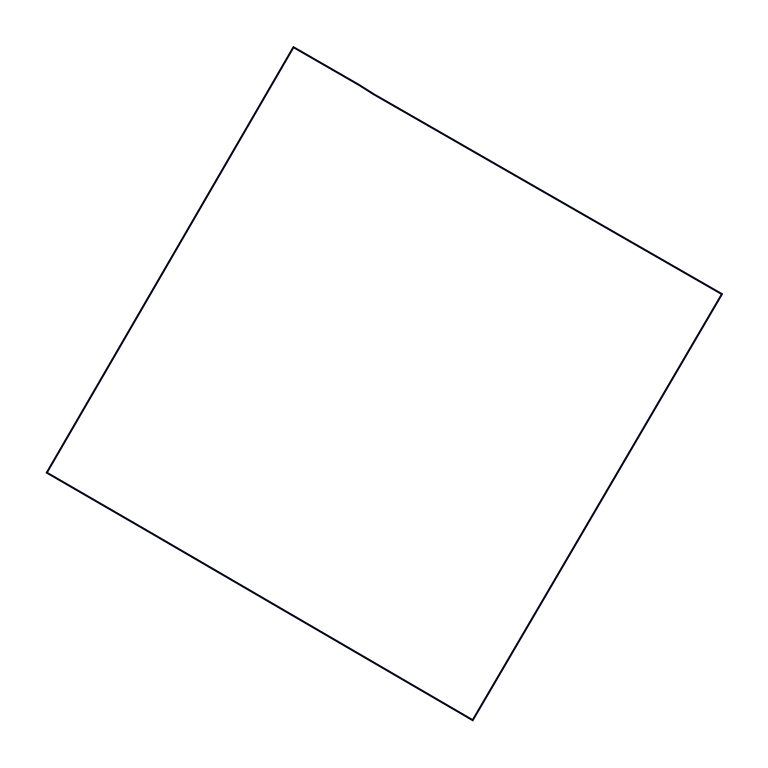 outline of Hall, Texas, United States of America, rotated 210°
{"feature_id": "52423323B5625612438776", "entity_name": "Hall", "entity_type": "district", "adm_level": 2, "iso_a3": "USA", "parent_name": "United States of America", "parent_adm1": "Texas", "projection": "albers", "projection_center": [-100.587, 34.531], "detail": "fine", "context": "isolated", "style": "outline", "palette": "ink", "viewbox_px": 768, "rotation_deg": 210, "n_neighbors": 0, "source": "geoboundaries", "source_scale": "gbopen_adm2", "svg_char_len": 262}
<svg xmlns="http://www.w3.org/2000/svg" viewBox="0 0 768 768"><g transform="rotate(210 384 384)"><path d="M631.7,138.6L515.5,138.5L139.1,137.2L136.3,630.8L537.6,629.8L555.5,630.5L630.8,630.4L631.7,138.6Z" fill="none" stroke="#020617" stroke-width="2"/></g></svg>